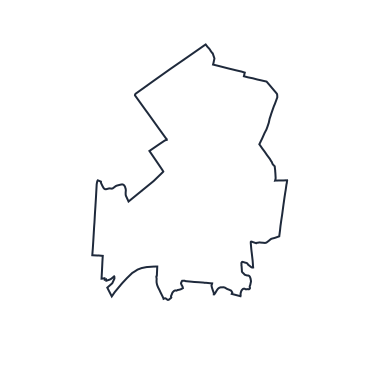 the district of Soldanu, Calarasi, Romania, rotated 323°
{"feature_id": "2599482B93522079592050", "entity_name": "Soldanu", "entity_type": "district", "adm_level": 2, "iso_a3": "ROU", "parent_name": "Romania", "parent_adm1": "Calarasi", "projection": "albers", "projection_center": [26.526, 44.239], "detail": "fine", "context": "isolated", "style": "outline", "palette": "slate", "viewbox_px": 384, "rotation_deg": 323, "n_neighbors": 0, "source": "geoboundaries", "source_scale": "gbopen_adm2", "svg_char_len": 5651}
<svg xmlns="http://www.w3.org/2000/svg" viewBox="0 0 384 384"><g transform="rotate(323 192 192)"><path d="M79.6,223.2L82.0,222.7L88.3,221.6L95.5,220.7L98.7,221.0L101.8,221.2L105.9,222.4L110.5,224.6L116.5,228.5L119.4,230.6L115.7,235.1L115.5,235.3L114.8,236.2L113.8,237.4L113.3,237.9L112.8,237.9L112.7,238.0L112.5,238.3L111.9,239.3L111.6,239.9L111.5,240.1L110.2,241.6L110.0,241.9L109.6,242.5L109.3,242.9L109.0,243.5L108.4,244.8L108.3,245.0L108.2,245.3L108.1,245.7L107.9,246.3L107.7,247.1L107.5,247.8L107.4,248.4L106.9,251.3L106.6,252.5L105.6,257.8L105.2,259.7L105.0,260.2L105.9,260.4L106.6,260.7L107.0,261.3L107.2,262.0L107.5,263.1L107.8,263.7L108.2,263.9L109.0,264.1L109.9,264.0L111.2,264.0L111.7,263.9L112.0,263.8L112.4,262.7L112.9,262.3L114.1,261.7L115.1,261.0L116.1,260.5L117.3,260.3L118.0,260.2L118.6,260.3L119.3,260.5L119.7,260.8L120.0,261.1L120.2,261.4L120.6,261.5L121.2,261.6L121.5,261.6L122.2,262.0L123.8,262.7L124.8,263.0L126.0,263.2L126.9,263.3L127.5,261.9L127.7,260.7L127.8,259.6L128.3,258.2L130.1,257.2L130.7,257.0L131.6,257.6L132.3,258.1L132.7,258.4L133.1,259.2L134.5,260.5L137.7,263.4L139.4,265.0L143.3,268.3L146.8,271.4L147.5,272.2L147.7,272.3L148.4,272.8L151.5,275.7L152.5,276.6L153.1,277.1L152.9,277.3L152.3,277.7L151.9,278.0L151.5,278.3L151.3,278.4L151.0,278.9L150.8,279.5L150.4,280.3L149.4,283.2L148.9,284.9L148.8,285.2L148.4,286.1L148.2,286.5L147.8,286.9L148.0,287.1L149.1,286.9L149.9,286.6L152.8,285.4L154.5,284.9L156.0,284.9L157.4,285.3L158.7,286.3L159.7,286.9L160.7,288.1L161.0,288.9L161.7,290.6L162.4,291.7L163.2,293.0L163.6,293.8L163.9,294.4L163.8,295.5L163.7,296.5L162.4,297.3L168.0,304.4L168.4,304.1L169.0,303.3L169.2,302.9L169.5,302.5L169.8,302.3L170.4,301.7L171.0,301.3L171.7,300.8L172.3,300.5L172.9,300.3L173.6,300.2L174.3,300.1L174.7,300.2L175.2,300.4L175.4,300.5L175.7,300.8L176.4,302.1L177.8,303.0L178.2,303.2L178.7,303.8L179.1,304.0L179.3,304.0L179.7,304.0L180.1,303.8L180.4,303.7L180.6,303.4L180.7,303.2L180.8,302.8L180.9,302.6L181.1,302.3L181.2,302.2L181.7,301.8L182.1,301.6L182.7,301.2L183.0,300.9L183.5,300.5L183.7,300.3L184.5,299.6L184.9,299.3L185.4,298.8L186.4,296.9L186.7,296.3L186.9,295.6L187.1,294.9L187.2,294.4L187.2,293.6L186.8,292.7L186.2,292.2L185.4,291.4L184.3,289.7L184.2,288.2L183.9,286.8L183.9,286.0L184.1,285.4L184.8,284.4L185.9,282.7L187.0,281.0L187.4,280.2L188.3,279.2L188.5,278.8L188.6,278.5L189.0,278.3L189.8,278.0L190.2,278.1L190.3,278.3L190.7,278.7L191.1,279.2L191.7,280.1L192.7,281.3L192.9,281.6L193.0,281.9L193.1,282.1L193.2,282.6L193.1,283.4L193.1,284.0L193.4,284.9L193.5,285.4L194.1,287.7L194.3,288.1L194.5,288.4L194.8,288.7L195.2,289.0L195.4,289.1L195.6,288.8L196.1,287.9L197.0,286.6L199.0,283.5L203.0,276.7L203.4,276.0L204.5,274.1L205.1,273.1L208.3,268.0L208.5,267.8L208.9,267.3L209.0,267.2L209.4,267.2L209.6,267.4L209.9,267.7L210.3,268.4L212.5,271.6L212.9,271.6L213.2,271.6L214.0,272.1L214.8,272.5L215.5,272.8L216.6,273.9L218.1,275.2L219.6,276.6L221.0,277.2L223.6,277.2L225.8,277.1L227.1,277.1L228.4,277.6L230.3,278.4L231.8,278.9L235.0,279.9L239.5,275.3L242.2,272.4L243.2,271.4L246.4,268.2L250.0,264.7L257.1,257.5L258.8,255.8L261.0,253.6L262.6,252.0L266.3,248.4L268.0,246.8L269.4,245.4L272.0,242.8L273.1,241.9L274.1,240.8L274.9,240.1L275.0,239.9L273.3,238.7L271.5,237.5L270.5,236.7L267.5,234.5L265.4,233.0L265.2,232.9L266.4,232.0L266.7,231.7L267.2,231.2L267.8,230.3L269.2,228.2L270.2,226.7L270.6,226.0L271.3,225.0L272.7,222.6L273.5,221.3L273.5,220.9L273.4,220.4L273.3,219.7L273.2,218.6L273.2,218.3L273.3,217.8L273.5,217.0L273.8,215.9L273.8,214.8L274.1,212.5L274.1,211.0L274.1,207.5L274.2,205.8L274.3,203.3L274.3,199.6L274.4,197.2L274.5,194.4L275.5,193.9L278.0,192.6L279.0,192.1L280.0,191.6L285.6,188.5L289.0,186.9L291.5,185.3L295.0,182.9L298.1,180.2L301.0,178.2L302.2,177.3L304.6,175.7L307.6,173.7L309.3,172.6L311.1,171.6L317.0,167.8L317.2,167.6L318.3,166.0L318.5,165.6L318.7,165.3L318.9,164.7L318.9,164.4L318.8,162.1L318.8,161.9L318.7,160.8L318.2,151.7L318.0,148.7L317.6,148.2L315.8,146.1L314.8,144.9L313.1,142.9L311.8,141.4L309.1,137.9L305.7,134.1L303.1,130.8L306.0,128.4L304.0,125.6L300.3,121.2L298.6,119.1L295.3,115.1L289.4,107.7L285.5,102.9L286.9,101.8L290.0,99.1L290.3,98.8L292.0,93.7L291.8,93.2L291.8,92.6L291.8,91.7L291.8,90.7L291.9,90.2L292.0,88.8L292.0,88.5L292.0,88.3L292.0,88.1L292.0,87.7L291.9,87.0L291.8,86.1L291.7,85.3L291.7,85.1L291.7,83.7L291.7,83.0L291.7,82.4L290.1,82.3L284.1,82.1L270.6,81.6L248.8,80.7L238.3,80.4L227.6,80.1L206.7,79.6L206.0,79.6L205.2,79.9L204.6,80.5L204.6,80.8L204.2,99.5L204.2,101.5L203.7,122.0L203.5,132.2L203.5,133.6L203.6,134.6L203.2,135.2L202.3,134.8L201.2,134.5L194.0,134.1L182.7,133.6L181.9,150.5L181.6,156.2L181.4,158.4L181.2,158.5L168.5,160.1L167.2,160.2L156.6,160.6L135.6,161.4L135.9,160.1L136.2,158.7L136.9,155.4L137.3,154.4L137.8,153.7L138.6,152.6L140.2,150.8L141.0,149.4L141.2,148.6L141.5,148.0L141.7,147.3L141.8,146.2L141.7,145.3L141.4,144.6L141.2,144.3L140.9,144.0L140.5,143.7L139.3,143.1L135.9,141.7L134.7,141.4L132.6,141.4L131.0,141.4L130.0,141.1L129.2,140.3L128.7,139.9L128.4,139.6L128.1,139.3L125.1,138.1L124.8,137.9L124.2,137.3L123.9,136.6L123.8,135.9L124.0,133.9L124.7,130.3L125.0,129.6L125.5,128.9L123.8,126.0L123.4,126.1L122.9,126.4L122.1,127.0L120.5,128.5L111.9,138.7L105.4,146.3L101.6,150.7L95.7,157.7L93.4,160.3L88.3,166.3L83.7,171.7L78.9,177.3L74.3,182.5L78.1,185.7L79.1,186.4L82.3,189.3L78.7,193.5L74.3,198.8L67.6,206.8L68.2,207.2L68.8,207.5L70.2,208.2L69.5,209.5L70.8,210.0L70.2,211.3L73.1,212.3L74.3,212.6L75.7,212.7L79.0,212.5L79.0,213.0L77.9,214.5L73.4,216.9L66.8,217.4L66.3,220.1L65.1,227.1L67.5,226.3L69.9,225.5L77.5,223.7L78.2,223.6L78.8,223.4L79.6,223.2Z" fill="none" stroke="#1e293b" stroke-width="2"/></g></svg>